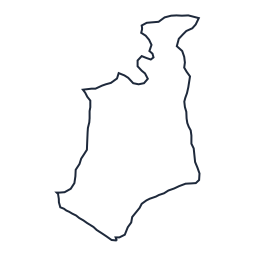 the district of Vatili, Cyprus
{"feature_id": "46923920B79733432634450", "entity_name": "Vatili", "entity_type": "district", "adm_level": 2, "iso_a3": "CYP", "parent_name": "Cyprus", "parent_adm1": "", "projection": "albers", "projection_center": [33.661, 35.144], "detail": "fine", "context": "isolated", "style": "outline", "palette": "slate", "viewbox_px": 256, "rotation_deg": 0, "n_neighbors": 0, "source": "geoboundaries", "source_scale": "gbopen_adm2", "svg_char_len": 1625}
<svg xmlns="http://www.w3.org/2000/svg" viewBox="0 0 256 256"><path d="M171.1,15.7L164.6,17.4L158.6,21.8L150.1,22.5L146.7,22.8L141.7,25.5L142.1,28.0L142.0,29.6L141.2,32.8L145.7,35.7L149.1,39.8L151.5,44.9L149.4,51.0L152.5,53.7L153.5,57.4L150.8,59.5L146.7,58.1L141.7,56.1L137.6,60.5L137.6,66.3L141.7,70.7L145.0,73.4L147.8,78.8L144.0,83.2L138.6,84.3L133.2,83.2L128.2,77.8L124.4,75.4L118.7,73.1L117.0,78.5L110.9,82.9L105.8,84.3L102.1,85.6L95.4,88.7L91.3,88.7L82.9,89.7L85.2,92.7L87.3,96.8L90.3,100.6L90.3,107.3L89.6,111.1L89.6,118.2L89.3,122.3L87.9,128.0L87.6,132.5L87.2,142.0L86.9,149.8L83.9,154.5L81.2,158.6L79.5,164.0L75.7,169.8L75.4,176.3L74.4,183.1L70.7,188.8L64.6,192.2L59.5,192.6L56.7,192.6L57.3,193.2L58.0,193.7L58.8,198.8L58.9,202.3L60.3,207.3L63.9,208.7L66.3,210.5L69.2,211.8L72.2,213.6L76.1,215.5L79.2,218.0L83.4,220.4L86.9,222.9L93.5,227.0L96.7,230.0L102.0,233.4L106.5,236.4L111.6,240.0L116.7,240.5L116.8,240.6L115.6,237.4L119.4,237.4L124.8,234.7L127.8,227.2L131.2,222.5L132.2,217.0L135.2,213.3L139.6,207.9L141.7,203.8L146.4,200.4L149.8,198.7L155.9,196.6L158.9,195.0L164.0,193.3L168.4,190.5L174.1,188.5L179.2,186.1L185.6,183.7L191.4,183.4L195.8,183.1L199.1,180.0L199.5,173.5L197.5,167.8L195.1,162.0L194.4,155.2L193.7,148.4L191.4,143.7L191.4,135.5L190.7,130.4L188.7,126.7L187.3,123.0L186.6,118.5L186.3,111.8L184.9,107.0L184.3,101.6L185.3,97.8L187.0,93.1L188.3,87.3L190.0,76.4L186.6,71.7L184.2,67.6L184.9,62.5L184.2,56.8L182.2,51.0L176.8,46.2L178.8,38.8L182.9,34.4L186.3,31.0L192.3,28.3L195.7,24.5L198.8,18.1L193.4,16.7L188.3,15.4L181.9,15.7L176.5,15.4L171.1,15.7Z" fill="none" stroke="#1e293b" stroke-width="2"/></svg>